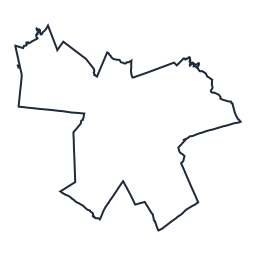 Raciu, Dâmbovita, Romania (Mercator projection)
{"feature_id": "2599482B50297970543738", "entity_name": "Raciu", "entity_type": "district", "adm_level": 2, "iso_a3": "ROU", "parent_name": "Romania", "parent_adm1": "Dâmbovita", "projection": "mercator", "projection_center": [25.443, 44.813], "detail": "fine", "context": "isolated", "style": "outline", "palette": "slate", "viewbox_px": 256, "rotation_deg": 0, "n_neighbors": 0, "source": "geoboundaries", "source_scale": "gbopen_adm2", "svg_char_len": 5606}
<svg xmlns="http://www.w3.org/2000/svg" viewBox="0 0 256 256"><path d="M172.7,220.5L173.2,220.3L173.5,220.1L175.4,218.7L175.9,218.4L176.3,218.0L177.1,217.3L177.4,217.0L177.9,216.6L178.6,216.1L179.5,215.6L181.9,213.9L182.3,213.5L183.4,212.4L184.3,211.5L184.8,211.0L185.3,210.4L186.2,209.7L188.9,208.0L189.7,207.5L191.4,206.5L192.8,205.7L193.1,205.5L193.4,205.4L193.8,205.3L194.2,205.1L197.4,202.9L198.2,202.3L197.3,200.4L196.6,198.8L195.5,196.0L194.8,194.6L193.4,191.4L192.6,189.6L192.2,188.8L190.4,184.7L188.3,179.8L185.7,173.8L184.9,171.8L181.1,163.2L181.9,162.4L182.9,161.5L183.2,161.2L183.4,160.6L183.6,159.6L184.5,156.0L182.4,154.1L181.0,153.3L180.2,152.7L179.7,152.1L179.3,151.2L179.1,150.7L178.9,149.4L178.5,148.4L178.4,147.5L178.7,147.1L179.6,146.2L180.4,145.4L182.3,143.3L184.8,140.5L184.0,140.4L183.8,139.8L184.2,139.7L184.4,139.6L185.3,139.2L185.8,139.1L186.3,138.8L187.0,138.4L187.5,138.3L187.6,138.2L188.6,137.4L189.6,136.5L189.9,136.3L190.1,136.3L191.8,136.2L192.6,136.0L193.5,135.6L195.1,135.0L197.2,134.1L199.6,133.3L203.1,132.3L204.6,131.7L206.3,131.1L208.9,130.4L210.9,129.9L213.1,129.4L219.7,127.4L223.3,126.3L224.1,126.1L225.2,125.9L228.2,125.1L229.5,124.7L234.4,123.2L235.0,123.1L238.7,122.5L240.6,121.8L239.7,120.5L237.9,119.0L236.0,115.5L235.5,114.3L234.6,111.9L233.2,106.5L232.5,103.3L231.6,103.3L230.8,101.5L228.9,101.5L223.3,99.9L220.4,98.7L220.6,97.2L219.0,94.9L217.1,94.0L215.7,93.3L214.2,92.5L213.3,92.8L212.6,92.7L211.2,92.0L210.8,90.7L211.9,89.0L212.6,87.7L212.2,86.0L211.8,84.7L211.9,83.7L212.0,82.2L212.0,80.2L212.2,79.7L211.5,79.3L210.9,78.9L209.8,78.1L208.8,77.3L207.6,76.8L207.2,76.4L206.9,75.5L206.2,74.5L205.9,73.6L205.7,73.3L205.2,73.2L204.3,72.3L203.8,72.3L203.4,72.0L202.9,71.5L202.3,71.1L201.9,71.2L200.6,71.2L199.8,71.2L199.1,70.3L198.4,69.5L197.9,68.2L197.4,67.8L196.8,67.8L196.5,67.4L197.7,66.5L198.7,65.3L198.9,64.5L199.0,63.5L198.7,63.1L197.0,64.1L196.2,64.5L195.5,65.3L195.2,65.8L195.2,66.5L194.7,66.3L194.4,66.0L194.0,66.3L193.7,66.3L193.9,65.8L193.9,65.4L193.8,65.0L193.5,64.7L194.3,64.5L194.5,64.3L194.6,64.2L194.2,63.7L193.7,63.5L193.3,63.0L193.0,62.9L192.3,62.7L192.1,62.5L191.6,62.8L191.5,63.6L191.2,64.1L190.7,64.3L190.5,65.2L190.0,65.6L189.8,65.2L189.8,64.7L190.0,64.2L190.3,63.5L190.3,62.3L190.1,61.9L189.5,61.4L190.3,60.3L190.4,59.9L190.1,59.4L189.8,59.1L189.7,58.9L189.9,58.6L189.9,58.1L189.9,57.7L189.6,57.3L189.2,57.1L188.8,57.4L188.9,57.8L188.3,57.8L187.3,58.5L186.7,59.0L186.4,58.8L185.9,58.8L185.7,59.4L185.3,59.5L184.6,58.6L184.2,58.4L183.7,58.4L176.8,65.4L175.4,64.0L174.1,62.6L146.7,72.8L132.9,77.6L132.5,77.5L131.5,75.0L130.9,70.7L131.3,67.1L131.2,64.3L131.4,60.7L131.0,61.0L130.3,61.3L129.8,61.5L129.3,61.9L128.6,62.2L127.7,62.4L127.1,62.2L126.5,62.4L126.0,63.2L125.1,63.5L124.3,63.5L123.8,63.1L123.2,62.8L122.3,62.7L120.9,62.2L120.3,61.3L119.8,60.2L119.1,59.8L116.7,59.7L113.7,59.1L112.6,58.4L111.2,57.1L110.8,56.0L109.8,55.2L109.1,54.3L108.6,53.2L107.2,52.4L97.0,76.6L96.6,76.3L95.7,75.8L95.4,75.2L95.1,75.0L94.6,75.0L94.2,74.9L94.3,74.0L94.2,73.1L93.7,72.7L94.0,72.1L94.2,71.2L94.3,70.5L94.1,69.6L93.8,68.8L85.9,58.8L86.1,59.0L63.3,41.7L57.3,50.1L57.1,49.3L49.5,29.5L48.4,26.6L48.0,25.5L47.0,27.3L46.3,28.7L44.3,31.0L43.3,31.7L42.5,32.6L42.3,33.5L41.6,34.3L40.7,34.4L40.4,33.7L40.3,33.0L40.0,31.8L40.0,30.7L39.9,30.0L39.2,29.5L38.6,30.2L38.4,30.1L37.8,29.6L37.6,29.0L37.1,28.7L36.7,28.5L36.6,29.1L36.7,29.7L37.4,30.6L37.8,31.0L38.4,31.7L38.7,32.3L37.3,33.1L37.5,34.0L36.7,34.2L36.7,34.7L36.6,34.9L36.2,35.0L36.4,36.7L37.5,38.5L31.2,41.8L30.6,42.5L28.2,43.4L27.9,42.3L26.4,42.6L26.4,45.4L23.9,45.9L23.7,46.5L23.3,47.8L23.1,48.1L15.4,45.7L15.4,46.4L19.6,65.3L19.0,65.2L17.8,65.5L18.2,66.5L18.5,67.5L20.0,67.2L21.4,73.1L21.7,74.8L21.7,75.8L21.6,77.7L20.9,84.5L19.9,93.7L19.2,100.6L18.6,106.6L19.8,106.8L23.2,107.1L24.4,107.2L25.6,107.4L27.9,107.7L32.5,108.1L38.5,108.8L44.9,109.4L49.5,109.8L54.3,110.3L56.6,110.6L58.9,110.9L59.3,111.0L59.6,111.0L59.8,111.0L60.2,110.9L61.1,111.0L64.1,111.4L67.6,111.9L69.4,112.2L71.5,112.5L74.1,112.7L78.6,113.0L81.4,113.3L84.3,113.5L83.8,116.1L83.7,116.4L83.6,117.3L83.3,118.2L83.0,118.8L82.9,119.5L82.7,119.9L82.7,120.0L81.6,120.4L81.2,121.0L81.1,121.4L80.9,122.4L80.8,123.6L77.4,127.6L77.3,127.8L73.4,132.3L73.5,134.2L73.5,135.6L73.5,136.3L73.6,137.0L73.8,141.5L73.9,146.4L74.1,151.8L74.2,153.9L74.2,155.3L74.2,155.6L74.3,155.7L75.2,182.1L60.4,191.4L60.6,191.5L61.4,192.2L61.8,192.6L62.4,193.0L62.7,193.1L64.1,193.9L64.7,194.4L65.6,194.7L66.8,195.2L67.7,195.6L68.6,196.0L70.1,197.0L71.0,197.7L72.0,198.7L73.6,199.7L75.0,201.0L76.1,202.0L77.3,202.6L78.5,203.0L79.2,203.4L80.2,204.1L80.9,204.6L82.5,205.3L83.3,205.8L83.5,206.1L84.2,206.9L84.8,207.4L85.3,207.8L86.8,209.3L87.5,209.7L88.5,210.0L89.0,210.2L89.9,210.5L90.1,210.6L90.1,210.9L90.1,211.2L90.3,211.4L92.3,212.8L92.6,213.1L92.9,213.6L93.1,213.9L92.9,215.9L92.8,216.1L92.9,216.3L93.0,216.4L93.3,216.5L93.5,216.8L94.0,216.4L95.4,218.2L98.7,218.3L99.8,219.4L100.8,217.4L101.1,216.7L101.9,214.9L102.7,212.6L103.8,210.2L105.6,206.9L106.2,206.0L106.8,205.4L107.5,204.2L108.2,203.2L108.6,202.9L108.8,202.6L109.1,201.9L110.1,200.2L110.9,199.2L114.0,194.7L115.4,192.6L119.0,187.1L121.0,184.2L123.1,181.2L124.1,182.8L124.2,183.2L126.4,187.2L130.3,194.5L132.2,198.3L135.2,204.6L136.6,204.3L137.1,204.1L137.8,203.8L138.2,203.7L140.3,203.2L144.7,201.9L149.4,209.5L151.8,213.5L152.5,213.7L153.3,216.8L153.8,219.8L154.7,221.4L155.0,221.3L156.2,224.9L156.9,227.1L157.3,227.9L157.5,228.3L157.7,228.6L157.7,229.1L157.8,229.3L158.3,230.4L158.6,230.5L158.9,230.4L162.5,228.4L172.2,220.9L172.6,220.6L172.7,220.5Z" fill="none" stroke="#1e293b" stroke-width="2"/></svg>